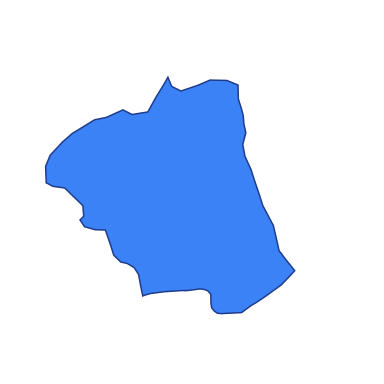 Tongchang, P'yŏngan-bukto, North Korea, rotated 133°
{"feature_id": "82179303B87943019672886", "entity_name": "Tongchang", "entity_type": "district", "adm_level": 2, "iso_a3": "PRK", "parent_name": "North Korea", "parent_adm1": "P'yŏngan-bukto", "projection": "orthographic", "projection_center": [125.536, 40.225], "detail": "fine", "context": "isolated", "style": "filled", "palette": "blue", "viewbox_px": 384, "rotation_deg": 133, "n_neighbors": 0, "source": "geoboundaries", "source_scale": "gbopen_adm2", "svg_char_len": 1050}
<svg xmlns="http://www.w3.org/2000/svg" viewBox="0 0 384 384"><g transform="rotate(133 192 192)"><path d="M101.2,206.6L97.9,211.8L92.3,221.6L82.4,231.3L86.6,242.5L97.8,255.1L110.4,260.7L125.8,269.1L128.6,278.9L124.5,287.9L132.8,285.9L146.8,283.1L163.6,278.9L176.2,288.7L179.0,298.5L195.8,305.5L205.7,312.5L230.9,319.5L243.5,320.8L261.8,320.8L273.0,316.6L284.7,304.9L282.7,297.6L275.9,287.8L276.2,274.2L276.4,262.5L283.6,254.7L288.8,254.8L290.7,247.0L285.7,237.2L278.9,229.4L286.1,215.8L291.6,206.1L291.8,196.4L288.4,190.5L286.8,182.7L288.7,174.9L295.9,165.2L301.6,157.1L298.8,155.7L294.7,153.2L284.1,144.5L271.0,132.2L267.9,128.7L257.4,120.0L254.9,116.5L253.5,113.0L254.0,108.5L260.6,102.1L263.3,98.6L263.9,94.5L263.3,90.6L260.5,87.1L258.1,84.9L246.4,73.5L235.1,71.4L228.1,69.4L219.5,67.4L209.1,65.3L198.7,63.3L188.2,63.2L179.5,63.2L177.5,76.8L175.5,88.4L170.1,96.2L161.0,109.7L153.6,131.1L148.1,140.8L140.8,154.4L135.4,164.0L129.8,177.6L122.6,187.3L112.0,193.0L106.6,200.8L101.2,206.6Z" fill="#3b82f6" stroke="#1e3a8a" stroke-width="1.5"/></g></svg>